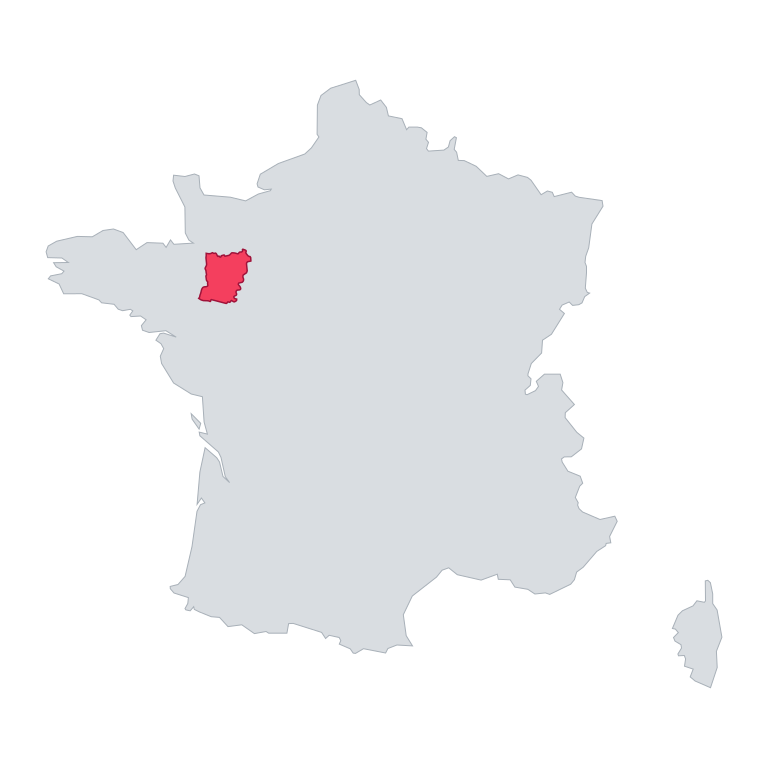 France, with Mayenne highlighted
{"feature_id": "FRA-5324", "entity_name": "Mayenne", "entity_type": "Metropolitan department", "adm_level": 1, "iso_a3": "FRA", "parent_name": "France", "parent_adm1": "", "projection": "albers", "projection_center": [-0.661, 48.148], "detail": "fine", "context": "in_parent", "style": "filled", "palette": "rose", "viewbox_px": 768, "rotation_deg": 0, "n_neighbors": 0, "source": "natural_earth", "source_scale": "10m", "svg_char_len": 6185}
<svg xmlns="http://www.w3.org/2000/svg" viewBox="0 0 768 768"><path d="M589.6,293.1L584.7,296.6L582.0,302.9L578.8,304.7L572.6,305.4L569.2,302.0L562.1,305.1L559.5,309.3L564.4,313.5L551.4,334.3L542.5,340.2L541.6,353.0L531.3,363.5L528.0,373.8L527.9,375.8L531.0,378.8L530.3,385.4L525.0,390.1L525.4,394.2L527.1,394.7L535.5,390.6L538.5,386.4L536.3,381.3L544.4,374.2L560.2,374.2L562.9,382.6L561.6,390.0L574.4,404.5L565.3,412.7L565.1,417.6L576.8,432.3L583.9,438.1L581.5,448.9L571.3,456.8L564.3,456.9L561.5,458.9L562.2,462.1L567.9,471.2L580.2,476.2L582.7,483.2L579.7,486.2L575.3,497.5L578.2,502.7L577.6,505.1L579.1,508.7L582.6,512.0L600.0,519.5L614.8,516.2L617.2,521.3L609.6,536.5L610.8,542.8L606.2,543.4L605.6,545.7L596.8,551.4L583.2,567.2L576.6,572.1L574.4,579.7L570.7,584.2L549.7,594.4L545.4,592.9L534.9,594.0L527.8,589.3L514.9,587.1L510.2,579.8L498.3,579.3L497.3,574.2L481.1,580.1L457.3,574.7L448.7,567.8L442.1,570.2L436.5,577.1L412.3,596.0L403.3,614.7L406.2,635.7L412.5,645.9L396.9,645.0L387.9,648.5L385.6,653.0L363.5,648.7L355.5,653.4L353.2,653.1L350.2,648.8L339.3,644.1L340.8,640.6L339.2,637.5L329.1,635.3L325.6,638.5L321.6,632.4L293.2,623.4L288.6,623.6L286.9,633.2L268.7,633.2L266.1,631.5L254.4,633.6L241.8,624.8L228.0,626.6L219.5,617.4L211.2,616.7L199.6,612.0L194.3,609.4L193.7,606.7L190.2,610.8L185.9,609.9L185.0,608.6L187.8,603.5L188.4,597.6L174.0,593.0L170.3,588.7L170.2,586.4L178.0,584.5L185.1,576.4L192.0,546.6L197.0,511.3L200.5,504.7L204.9,502.9L201.4,498.0L197.1,504.3L199.9,472.0L205.1,447.7L216.7,457.7L219.5,462.0L223.0,476.5L229.6,482.6L225.3,476.7L221.0,457.4L218.4,452.0L199.9,435.8L199.2,432.1L207.4,434.1L204.1,422.0L202.4,396.7L191.2,394.0L173.6,383.0L161.6,363.5L160.3,356.2L163.7,348.6L161.0,343.7L155.9,340.2L160.0,333.7L163.6,333.1L176.2,337.1L165.9,330.7L149.1,332.5L142.5,330.2L141.4,325.6L146.1,319.8L140.6,316.0L131.0,316.6L129.8,315.1L132.8,310.9L130.4,309.3L122.6,310.7L118.2,309.2L114.1,304.3L101.6,302.8L98.9,299.9L81.8,293.7L63.7,293.8L59.1,284.0L48.3,278.8L50.6,275.9L61.8,273.7L64.0,271.1L56.2,266.8L53.6,262.7L68.3,262.5L61.9,258.0L47.7,257.6L46.1,251.8L48.2,246.0L56.7,241.2L77.4,236.4L92.3,236.8L103.0,230.5L113.5,229.0L123.2,232.6L136.2,249.7L147.0,242.6L162.9,243.2L166.1,247.4L170.5,239.9L173.9,244.3L193.4,243.1L188.9,240.1L185.3,233.0L184.9,207.0L175.3,188.0L173.0,181.0L173.6,175.2L185.0,176.5L194.5,174.0L199.0,175.8L200.0,187.9L204.0,195.0L230.3,197.2L245.6,200.9L258.4,194.0L270.3,190.7L271.3,189.1L264.4,189.8L258.0,187.0L257.1,183.8L260.3,174.2L278.4,163.5L304.8,154.0L311.4,147.9L318.9,137.0L317.1,134.3L317.4,105.1L321.0,95.5L330.7,88.2L355.7,80.3L359.2,89.5L359.3,94.7L366.4,102.6L369.8,105.0L380.7,100.0L386.4,107.4L388.4,115.9L402.0,118.7L406.6,129.7L408.9,127.1L417.4,127.1L421.4,127.8L427.1,132.4L425.9,139.2L428.5,142.3L426.5,148.6L428.4,151.1L443.9,150.1L448.4,147.0L450.1,140.7L454.5,136.7L456.4,137.7L454.2,149.4L456.6,152.2L458.3,160.4L464.2,160.6L476.2,166.3L486.8,176.4L498.6,173.7L508.5,178.9L518.0,174.9L527.5,177.4L531.0,180.2L541.1,194.7L547.4,191.0L552.3,192.3L554.2,196.6L571.6,192.2L575.3,196.1L579.1,197.3L602.1,200.6L603.0,206.2L591.9,224.0L588.7,247.8L585.7,256.3L585.0,262.5L586.5,266.4L586.5,272.8L585.3,288.2L587.3,292.4L589.6,293.1ZM712.7,593.9L712.7,603.6L717.1,610.0L721.9,637.2L716.4,651.3L717.2,667.5L710.5,687.7L695.1,681.0L690.2,676.9L693.2,669.1L684.5,666.2L685.6,658.9L684.3,655.5L678.5,655.8L677.9,654.0L681.5,648.1L681.0,644.7L675.0,641.1L673.5,637.5L678.3,632.6L675.4,629.1L672.4,628.5L678.0,615.2L682.4,610.8L693.0,605.9L696.9,600.8L704.4,602.3L705.5,600.9L705.3,580.9L707.8,580.3L710.4,582.7L712.7,593.9ZM200.7,423.3L199.1,429.1L192.1,419.1L191.2,413.7L200.7,423.3Z" fill="#d9dde1" stroke="#a8b0b8" stroke-width="1"/><path d="M236.7,299.1L236.6,300.4L235.9,301.1L235.0,301.6L234.2,301.9L233.5,301.7L231.4,300.5L231.0,300.8L230.2,302.0L229.7,302.3L229.1,302.2L228.0,301.9L227.6,302.1L226.9,303.1L226.6,303.4L225.9,303.4L211.4,299.6L211.0,299.8L210.5,301.3L210.1,301.5L208.3,300.8L203.3,300.6L201.1,299.9L198.7,298.4L199.1,297.9L199.4,297.5L199.6,297.0L200.0,295.2L200.2,294.6L200.6,293.5L200.9,292.5L201.4,290.3L201.7,289.4L201.9,288.9L202.1,288.5L202.7,287.7L203.1,287.3L203.6,287.1L204.0,286.9L204.6,286.8L206.1,286.7L206.5,286.6L207.0,286.4L207.3,286.2L207.6,286.0L207.7,285.9L207.8,285.6L207.8,285.0L207.6,283.8L207.6,283.1L207.7,282.3L207.7,281.9L207.5,281.5L206.8,280.9L206.6,280.5L206.5,280.2L206.4,280.0L205.9,276.0L206.1,275.7L206.3,275.4L206.5,275.0L206.5,274.6L206.2,272.6L206.1,272.2L206.0,271.0L205.9,270.5L205.8,270.2L205.5,269.6L205.4,269.4L205.3,269.2L205.2,269.0L205.1,268.4L205.3,267.7L205.6,267.1L206.4,265.5L206.5,265.1L206.6,264.4L206.5,263.1L206.0,258.2L206.0,257.1L206.2,255.9L206.2,253.3L208.4,253.7L209.9,253.7L211.3,253.3L211.5,253.2L211.9,252.9L212.4,252.7L213.3,253.1L213.5,253.3L214.0,253.4L215.6,253.1L216.3,253.7L216.8,254.6L217.4,255.9L217.6,256.2L217.9,256.4L218.3,256.3L218.6,256.1L218.9,256.1L219.3,256.3L219.5,256.7L219.9,257.0L220.3,257.1L220.8,256.9L221.1,256.5L221.2,256.1L221.3,255.7L221.7,255.6L223.8,255.0L224.2,255.0L224.5,255.4L224.7,255.8L224.8,256.1L225.2,256.2L229.0,255.3L229.4,255.1L229.8,254.8L231.3,253.2L231.7,252.9L232.1,252.8L232.6,252.8L234.8,253.0L237.8,253.8L238.4,253.6L238.6,253.4L238.8,253.0L239.2,252.4L239.7,252.1L240.3,252.0L241.3,252.0L241.9,251.8L242.3,251.4L242.5,251.0L242.6,250.6L242.5,250.2L242.4,249.7L242.6,249.4L242.9,249.2L245.6,250.2L246.0,250.6L246.2,251.0L246.1,251.8L245.8,252.2L245.9,253.0L246.4,253.8L247.8,255.6L248.6,256.2L249.3,256.5L249.7,256.5L250.1,256.6L250.4,257.1L250.7,257.6L250.9,261.0L250.3,261.2L247.7,261.7L247.2,262.1L246.7,262.8L246.5,263.8L247.2,270.9L246.5,272.8L243.4,274.9L243.1,275.2L243.0,275.7L242.9,276.5L242.9,277.2L243.5,278.8L243.6,279.6L243.5,280.4L243.2,281.2L242.8,281.7L242.1,282.3L239.0,283.0L238.7,283.1L238.5,283.4L238.3,284.3L238.7,285.1L239.9,286.4L240.3,287.2L240.6,288.0L240.7,288.9L240.2,289.6L239.5,289.9L237.4,290.1L236.9,290.3L236.4,290.8L236.1,291.4L236.0,292.3L236.1,292.7L236.5,293.5L236.6,294.0L236.6,294.4L236.5,294.8L236.3,295.1L236.0,295.4L234.6,296.0L233.9,296.5L233.9,297.4L234.4,298.3L235.1,298.7L236.7,299.1Z" fill="#f43f5e" stroke="#9f1239" stroke-width="1.5"/></svg>